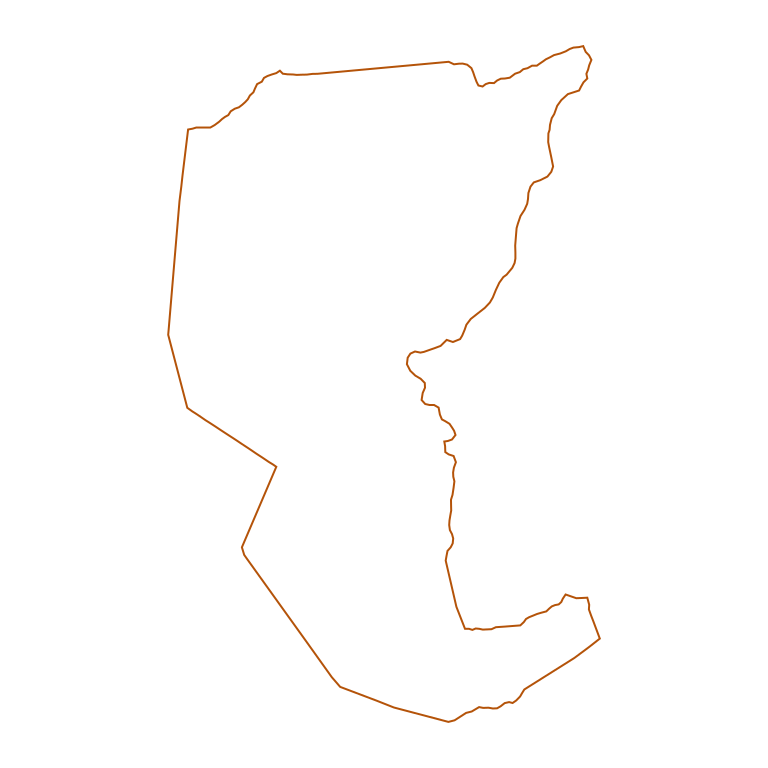 the district of Tabocas do Brejo Velho, Bahia, Brazil
{"feature_id": "56859067B87855923049420", "entity_name": "Tabocas do Brejo Velho", "entity_type": "district", "adm_level": 2, "iso_a3": "BRA", "parent_name": "Brazil", "parent_adm1": "Bahia", "projection": "robinson", "projection_center": [-44.092, -12.505], "detail": "fine", "context": "isolated", "style": "outline", "palette": "amber", "viewbox_px": 768, "rotation_deg": 0, "n_neighbors": 0, "source": "geoboundaries", "source_scale": "gbopen_adm2", "svg_char_len": 3337}
<svg xmlns="http://www.w3.org/2000/svg" viewBox="0 0 768 768"><path d="M340.2,686.9L376.7,700.7L393.9,707.5L448.4,721.9L454.6,720.3L466.1,712.9L471.7,711.5L475.4,709.3L479.1,707.1L483.2,707.9L488.5,707.7L492.9,708.5L497.1,708.3L500.6,706.3L504.7,703.1L509.1,702.1L512.6,703.0L516.2,700.5L520.1,696.5L521.9,693.4L524.3,689.5L528.4,686.9L574.3,658.0L588.7,647.3L599.8,638.6L593.3,621.2L591.2,615.8L588.9,609.4L589.2,604.8L587.3,597.7L581.5,598.0L576.3,598.2L570.5,596.2L565.6,594.5L562.8,598.7L561.3,602.0L558.7,604.4L555.0,605.1L551.8,606.4L549.2,608.6L546.3,611.4L541.0,612.8L537.0,614.0L533.1,615.6L529.1,617.2L526.0,619.0L523.9,622.0L520.3,625.4L504.7,626.6L495.9,627.2L491.5,629.2L487.1,629.4L482.8,629.6L479.1,628.8L475.7,628.5L472.4,629.9L469.0,628.8L465.0,628.8L456.4,606.8L445.7,560.6L446.6,555.5L447.5,550.9L450.7,547.3L452.7,543.4L453.2,538.5L452.0,534.1L449.9,530.1L449.2,525.0L449.5,520.4L450.3,515.5L451.2,510.5L451.1,506.5L451.0,499.7L452.5,494.9L453.6,487.7L454.4,481.3L453.3,476.8L453.1,472.5L453.9,467.7L455.9,462.2L453.6,456.0L448.7,454.4L445.3,452.1L445.1,446.2L444.3,441.5L447.8,441.0L452.0,439.5L455.5,435.0L454.1,430.8L452.1,427.6L449.5,423.8L445.1,421.1L441.9,419.4L439.9,414.6L438.6,407.6L434.1,405.0L429.5,405.0L425.2,404.0L421.6,400.0L422.7,393.0L425.0,387.7L424.8,383.0L420.7,378.8L415.3,375.6L410.3,370.8L406.9,364.2L407.7,357.7L410.4,353.6L415.0,351.5L420.4,352.6L423.9,351.9L431.0,349.4L434.5,348.2L440.6,345.9L446.7,339.9L452.9,342.0L460.1,339.1L462.2,335.6L464.6,329.9L466.4,324.7L470.8,318.9L477.4,313.7L484.8,307.9L489.9,302.5L492.8,297.5L495.9,289.9L499.3,282.7L503.3,277.1L506.6,274.7L512.3,267.8L514.6,263.0L515.4,258.6L515.4,252.6L515.2,245.5L516.1,234.1L516.6,228.1L517.9,223.6L520.5,216.0L524.5,209.8L527.2,203.8L528.0,199.0L528.4,193.0L530.5,186.6L533.8,182.4L540.2,180.2L547.4,176.6L551.3,171.8L553.1,166.5L551.3,157.4L549.1,146.9L548.2,142.1L548.4,133.4L549.6,129.8L550.0,124.9L551.7,118.2L554.2,114.1L557.2,105.8L561.3,100.1L567.9,94.1L575.4,91.7L579.1,90.5L581.0,86.7L583.5,82.3L587.3,78.5L586.4,73.8L588.1,69.6L589.2,65.3L591.4,59.9L589.0,55.3L585.7,51.9L583.2,46.1L579.0,47.1L573.4,47.6L569.7,49.0L565.8,51.3L560.2,53.5L554.0,55.1L550.0,57.3L545.9,59.3L543.0,61.4L539.6,63.7L536.8,65.7L532.0,65.7L527.5,68.2L523.3,69.2L519.8,72.1L515.1,73.7L509.8,77.7L505.0,78.5L500.8,78.7L497.1,80.5L494.0,83.1L489.3,82.9L485.7,84.1L482.6,86.5L478.4,85.5L476.5,81.7L474.5,76.3L473.1,72.1L471.4,68.1L467.2,64.7L462.7,63.6L458.9,63.7L454.0,64.3L448.7,61.8L317.5,73.8L312.5,73.9L306.9,74.6L301.9,74.7L296.7,74.9L293.2,74.5L287.5,74.3L282.8,73.7L279.9,70.7L276.3,73.1L271.7,74.5L267.5,76.0L264.0,77.9L261.8,81.7L257.1,84.1L254.9,88.7L253.4,92.3L249.9,95.5L247.8,99.3L245.2,102.1L242.3,104.7L238.9,107.3L234.8,108.7L230.7,111.3L228.3,115.1L225.0,116.9L222.0,119.1L219.2,121.7L214.6,125.1L210.4,127.5L205.5,127.5L200.5,127.5L196.4,127.5L192.5,128.7L188.1,129.5L182.5,175.6L181.3,186.6L179.5,201.0L168.8,327.9L168.2,334.8L187.3,407.8L192.3,411.4L195.5,413.4L200.6,416.8L205.5,420.2L209.0,422.4L211.8,424.2L215.5,426.6L220.9,430.2L226.1,433.6L230.4,436.4L233.2,438.2L237.3,440.9L241.9,444.0L248.0,448.0L252.3,450.9L256.4,453.7L262.4,457.6L266.1,460.1L268.9,462.0L273.0,464.5L276.3,466.8L241.9,547.3L244.2,554.9L246.8,558.6L305.8,640.8L331.8,677.2L340.2,686.9Z" fill="none" stroke="#b45309" stroke-width="2"/></svg>